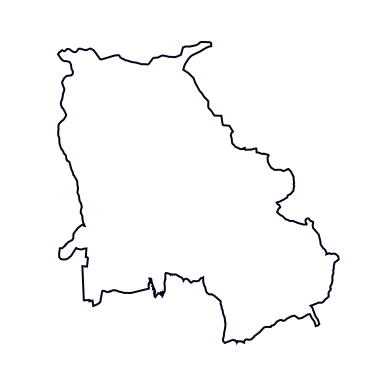 Burjuc, Hunedoara, Romania (Equal Earth projection), rotated 84°
{"feature_id": "2599482B33280510727710", "entity_name": "Burjuc", "entity_type": "district", "adm_level": 2, "iso_a3": "ROU", "parent_name": "Romania", "parent_adm1": "Hunedoara", "projection": "equal_earth", "projection_center": [22.496, 45.972], "detail": "fine", "context": "isolated", "style": "outline", "palette": "ink", "viewbox_px": 384, "rotation_deg": 84, "n_neighbors": 0, "source": "geoboundaries", "source_scale": "gbopen_adm2", "svg_char_len": 5973}
<svg xmlns="http://www.w3.org/2000/svg" viewBox="0 0 384 384"><g transform="rotate(84 192 192)"><path d="M254.3,308.8L288.4,310.9L288.7,305.2L290.0,305.4L289.6,302.3L295.1,302.1L293.8,297.9L292.9,296.1L291.7,294.7L281.1,291.6L281.0,290.2L282.8,286.4L282.5,284.6L282.1,284.2L282.5,283.6L281.5,281.4L281.6,278.7L282.2,278.1L282.3,276.9L283.4,275.2L284.7,271.1L285.4,269.8L285.5,267.1L286.1,263.7L283.6,245.1L282.9,244.8L281.4,245.1L279.5,244.5L278.8,244.8L277.8,244.0L278.3,243.8L277.0,242.4L276.2,242.6L276.1,243.0L273.6,243.4L274.0,241.7L277.6,241.5L280.8,240.7L281.5,241.4L282.3,240.5L283.8,240.8L283.4,240.2L283.6,239.9L284.7,239.5L285.4,239.9L285.6,239.4L286.6,239.4L288.3,240.3L288.5,240.3L288.4,240.0L289.2,240.0L288.9,239.6L290.9,240.2L292.3,240.0L292.6,239.6L291.3,239.0L291.4,238.8L293.0,239.4L291.6,238.6L289.2,236.2L289.3,235.1L290.2,234.3L289.8,234.3L289.8,233.9L289.3,233.5L288.9,233.7L288.6,233.4L289.4,233.1L289.2,232.3L292.3,232.2L291.8,231.8L288.4,231.3L289.1,230.2L287.6,229.5L284.6,229.0L279.5,228.9L276.4,228.0L276.2,227.6L270.7,227.1L270.5,226.7L269.9,226.5L270.0,225.5L271.3,222.3L272.2,221.9L271.8,221.4L271.7,220.8L271.9,219.9L272.2,219.8L272.3,217.0L272.7,216.1L273.5,215.2L273.9,214.2L274.5,213.9L275.9,211.3L277.5,210.2L279.3,209.7L278.3,209.1L277.8,208.2L277.6,207.1L277.8,206.3L279.6,204.1L280.5,203.9L282.0,202.6L282.1,202.1L281.2,201.0L280.7,199.4L281.3,196.8L281.0,194.5L278.6,192.1L278.6,190.8L278.1,189.8L282.3,190.2L286.1,189.7L288.4,188.7L291.7,188.5L293.4,187.8L294.2,187.3L295.7,185.4L295.7,183.2L297.8,180.4L303.6,174.9L306.2,175.2L308.8,174.6L310.8,174.6L312.9,173.9L316.3,173.8L320.5,172.6L323.3,172.7L324.2,172.5L324.8,172.7L327.0,172.5L331.6,173.5L336.2,175.0L337.9,175.2L342.2,176.7L343.7,176.5L345.5,175.2L343.6,167.9L343.4,166.4L343.7,165.5L344.2,165.2L344.2,164.6L344.6,164.0L345.2,163.9L345.2,163.1L346.4,163.0L345.0,161.9L345.5,161.1L345.8,158.1L346.6,157.4L347.3,155.9L345.7,155.7L344.3,153.9L344.3,152.9L345.0,150.6L344.6,148.2L342.6,145.5L341.9,145.1L338.6,139.5L334.3,134.6L333.9,132.7L334.3,129.1L334.6,128.2L334.5,127.8L333.3,127.1L333.1,125.3L332.1,123.3L330.0,121.4L328.7,118.5L328.6,116.4L329.7,114.8L329.5,113.3L327.8,110.7L326.0,105.9L325.7,102.9L329.1,99.1L328.7,95.6L325.8,89.4L325.8,87.5L330.2,85.9L333.4,83.9L338.3,82.9L337.9,80.8L336.8,79.2L333.5,79.8L331.2,80.6L328.8,82.1L319.4,84.5L317.5,85.9L316.9,82.8L316.3,81.6L316.1,80.1L315.5,78.6L315.3,77.5L315.7,74.5L314.5,72.2L313.4,71.6L310.5,67.2L309.6,66.8L308.0,67.0L305.9,66.5L303.8,64.4L302.9,64.0L301.8,64.6L299.4,63.8L298.3,62.7L295.0,61.6L290.3,61.2L287.5,59.8L284.3,59.7L283.3,59.0L281.0,58.8L277.2,57.7L274.5,53.2L272.3,53.1L270.4,53.9L268.4,56.1L268.1,58.1L268.1,60.7L267.2,61.7L268.0,64.9L266.8,64.4L265.5,65.1L263.8,65.4L261.3,67.6L257.7,69.5L254.2,69.5L247.4,70.5L240.3,75.4L237.6,75.5L235.5,74.7L234.5,74.7L232.6,77.7L230.6,78.6L230.3,80.1L230.8,81.2L232.2,82.2L233.7,82.1L235.8,81.3L236.3,81.5L236.0,84.5L233.9,89.9L231.3,94.7L231.1,97.7L229.9,99.3L229.0,101.5L225.2,104.8L224.3,106.5L220.9,109.5L217.5,107.5L216.5,105.8L214.1,106.6L213.2,108.1L211.3,108.9L210.9,106.4L209.5,102.5L207.3,97.8L206.1,97.6L205.0,96.5L204.6,94.5L201.4,91.0L198.4,90.4L197.0,89.7L194.6,90.1L193.9,89.5L189.6,89.6L187.7,89.3L183.7,90.9L182.6,91.1L179.2,93.6L179.3,94.8L180.0,95.8L180.7,99.2L179.2,101.4L178.6,107.6L176.0,110.8L172.9,112.4L169.6,113.4L165.9,113.3L163.6,111.9L163.2,112.1L162.5,113.3L162.3,114.7L161.3,116.5L161.7,117.5L161.6,117.9L159.7,122.0L159.3,123.6L155.5,123.5L155.4,125.1L156.0,128.2L155.6,134.5L155.1,135.1L154.4,135.0L154.8,135.6L154.7,136.0L153.9,136.0L154.6,137.9L154.3,139.5L151.5,144.2L149.0,145.8L148.7,146.4L147.2,147.0L143.4,146.9L139.6,147.5L137.2,146.4L136.2,145.0L130.0,147.9L128.9,153.9L127.9,154.5L119.3,154.8L118.3,161.8L113.8,164.0L110.3,166.6L109.1,167.0L103.7,166.3L102.4,166.9L98.4,170.2L95.0,171.7L92.4,173.7L83.9,177.3L78.8,178.6L73.5,183.0L69.5,187.9L65.5,186.3L63.6,185.1L59.8,182.1L57.3,179.6L56.0,177.4L52.9,168.8L50.8,164.5L49.3,160.7L49.0,157.6L45.9,157.4L45.0,158.4L43.9,165.4L43.8,167.2L44.1,168.4L45.3,169.9L46.1,171.6L46.5,172.9L47.1,178.7L46.6,183.6L46.8,184.2L47.4,185.9L54.3,188.6L55.4,191.6L56.0,194.2L56.0,196.2L55.5,197.7L55.3,200.2L53.4,205.9L53.2,207.8L54.7,211.8L54.6,216.3L55.4,217.3L60.3,221.8L60.5,223.2L59.8,226.5L59.8,228.4L57.7,233.4L56.3,238.7L54.9,241.7L54.0,244.3L50.9,249.1L48.7,250.1L48.2,251.1L48.2,254.8L50.7,268.0L50.4,269.2L49.8,269.9L47.7,270.8L46.6,271.7L43.9,273.0L40.5,275.2L38.7,278.1L39.9,282.6L38.4,286.9L37.9,287.6L37.7,288.9L37.9,290.1L40.5,292.4L40.7,294.5L39.4,296.6L37.4,298.6L36.7,300.8L37.0,301.8L38.4,303.4L38.6,304.2L38.4,304.9L37.4,306.2L37.5,306.8L38.5,308.0L39.4,309.7L40.6,310.4L40.9,310.9L46.4,308.0L47.9,306.3L48.5,305.1L48.7,303.4L49.9,300.1L52.8,299.0L56.9,299.0L59.2,298.0L60.9,298.0L62.2,298.3L63.4,299.9L63.4,303.7L63.6,304.6L65.2,307.0L69.0,309.7L71.0,309.6L75.8,308.3L76.8,308.3L79.0,309.0L80.2,309.8L85.9,311.3L88.5,312.8L90.9,313.3L94.5,312.5L95.4,311.6L96.2,311.2L100.2,309.6L102.4,309.1L104.6,310.4L106.6,312.1L108.6,315.2L110.6,317.2L111.4,317.6L113.1,318.1L115.0,318.1L119.7,319.0L122.2,319.0L123.8,318.4L129.9,318.7L134.8,317.7L138.2,315.8L140.2,315.4L141.8,314.0L143.0,313.6L145.9,313.5L147.9,312.8L149.0,311.1L149.6,310.7L157.1,309.6L158.9,308.8L161.9,308.2L162.7,308.2L163.1,307.7L169.0,305.1L173.9,305.2L175.8,304.9L180.8,306.0L183.5,305.0L189.2,304.7L191.9,303.5L195.4,303.2L198.7,304.5L201.0,304.8L204.2,303.7L205.8,303.5L207.4,303.8L211.1,303.4L213.2,302.7L213.2,303.0L213.5,303.0L214.5,302.5L214.4,302.9L213.1,304.0L213.2,304.9L215.9,309.3L221.1,314.2L225.6,314.9L227.0,315.8L229.2,320.8L230.4,322.0L231.0,323.3L231.8,323.3L234.1,326.6L234.3,327.2L234.2,329.3L238.9,330.5L242.8,330.9L244.5,329.8L245.2,328.8L245.7,326.8L245.8,324.5L245.1,322.2L242.8,318.8L235.6,313.1L236.7,311.4L237.4,308.9L237.6,307.5L237.1,305.4L237.1,302.9L245.5,304.4L245.8,303.4L246.8,302.4L255.2,304.2L254.3,308.8Z" fill="none" stroke="#020617" stroke-width="2"/></g></svg>